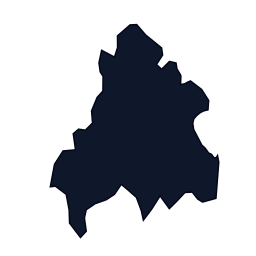 map outline of Amatas (Equal Earth projection), rotated 262°
{"feature_id": "LVA-5781", "entity_name": "Amatas", "entity_type": "Municipality", "adm_level": 1, "iso_a3": "LVA", "parent_name": "Latvia", "parent_adm1": "", "projection": "equal_earth", "projection_center": [25.336, 57.115], "detail": "fine", "context": "isolated", "style": "filled", "palette": "ink", "viewbox_px": 256, "rotation_deg": 262, "n_neighbors": 0, "source": "natural_earth", "source_scale": "10m", "svg_char_len": 1078}
<svg xmlns="http://www.w3.org/2000/svg" viewBox="0 0 256 256"><g transform="rotate(262 128 128)"><path d="M185.7,184.6L179.6,184.7L173.6,187.3L172.1,187.6L163.7,186.1L163.9,190.6L164.9,192.8L165.9,196.4L155.9,206.3L144.0,211.7L134.8,209.7L134.6,206.6L134.1,204.3L132.9,201.2L130.8,197.8L128.0,194.5L123.8,192.8L117.5,192.8L100.8,198.7L97.2,201.7L92.1,204.3L90.3,207.0L86.5,209.1L86.3,210.6L87.0,211.8L88.2,212.8L81.4,213.1L46.1,205.3L44.3,191.5L48.0,187.1L55.6,182.7L56.2,175.4L49.0,166.5L42.4,157.7L56.3,150.3L44.2,140.0L34.6,130.4L44.2,129.7L58.1,126.7L66.6,119.4L73.2,113.5L64.2,105.4L60.0,96.5L57.6,84.8L52.8,75.2L44.9,72.3L31.6,72.3L26.2,65.7L41.9,56.9L55.2,58.3L70.9,57.6L80.5,48.0L80.6,42.9L102.3,50.2L114.3,60.5L113.7,73.0L130.0,73.0L133.7,78.9L131.8,85.5L137.9,93.6L150.0,94.3L162.6,101.7L168.1,108.3L182.6,110.5L187.4,108.3L196.5,108.3L208.6,112.7L200.1,124.5L209.2,128.9L220.7,130.4L229.8,144.4L229.2,151.0L217.7,158.4L202.6,172.4L195.4,172.4L186.9,165.0L181.5,169.5L188.1,178.3L185.7,184.6L185.7,184.6Z" fill="#0f172a" stroke="#020617" stroke-width="1.5"/></g></svg>